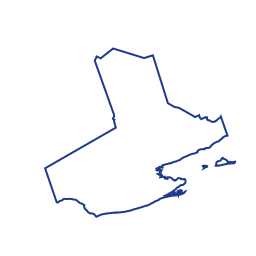 Vilankulo, Inhambane, Mozambique (Natural Earth projection), rotated 71°
{"feature_id": "85939544B70195584825603", "entity_name": "Vilankulo", "entity_type": "district", "adm_level": 2, "iso_a3": "MOZ", "parent_name": "Mozambique", "parent_adm1": "Inhambane", "projection": "natural_earth1", "projection_center": [35.386, -22.299], "detail": "fine", "context": "isolated", "style": "outline", "palette": "blue", "viewbox_px": 256, "rotation_deg": 71, "n_neighbors": 0, "source": "geoboundaries", "source_scale": "gbopen_adm2", "svg_char_len": 5736}
<svg xmlns="http://www.w3.org/2000/svg" viewBox="0 0 256 256"><g transform="rotate(71 128 128)"><path d="M67.1,90.0L48.0,116.2L53.2,131.2L50.2,134.3L53.5,137.5L111.2,136.9L112.3,137.2L113.1,138.0L114.1,139.2L114.3,139.3L115.8,138.1L116.7,139.0L123.7,139.4L139.1,219.5L174.9,219.6L175.7,218.6L175.3,217.9L174.8,216.2L174.9,213.8L174.7,213.2L174.3,212.7L174.2,212.4L174.3,211.3L174.6,210.4L175.2,209.1L175.7,207.2L176.1,205.9L178.8,201.0L179.3,200.4L183.4,197.8L183.8,197.4L184.4,196.4L184.7,196.0L185.9,195.2L186.5,194.5L186.8,194.4L187.7,195.0L188.8,195.1L190.3,195.1L190.6,195.0L192.0,194.0L193.9,193.5L195.9,192.1L196.5,191.4L197.4,189.3L198.3,188.3L199.0,187.8L201.6,186.9L201.4,184.1L201.2,183.6L201.2,183.1L201.2,180.7L201.5,178.4L202.1,174.8L202.5,173.6L203.1,170.6L204.3,166.4L204.1,166.5L204.9,164.2L206.1,158.5L206.8,152.9L206.9,150.7L206.8,149.3L206.9,148.1L207.3,141.1L207.3,137.3L207.5,134.9L207.4,132.4L207.1,131.7L206.6,127.9L206.1,125.9L206.1,122.6L205.6,121.9L205.4,120.9L205.3,119.5L205.5,117.5L205.3,117.1L206.3,108.7L207.4,104.2L207.9,101.2L208.0,98.4L207.6,96.3L207.4,95.7L206.7,94.7L206.7,94.8L207.1,95.6L207.4,96.5L207.4,98.0L207.8,98.9L207.7,99.5L207.4,100.2L207.5,100.7L207.2,101.1L207.2,101.8L207.1,102.0L206.9,102.0L206.9,102.3L207.4,102.5L206.6,102.6L206.4,104.0L206.9,104.3L206.9,104.6L206.8,104.9L206.5,105.0L206.6,105.7L206.5,106.4L206.1,107.5L206.0,107.8L205.5,108.1L205.3,108.9L204.9,109.3L205.2,110.0L204.8,111.0L205.0,111.3L205.0,112.0L204.6,112.2L204.8,113.1L204.8,113.5L204.1,114.6L204.0,113.0L203.7,112.1L203.7,111.4L203.4,110.8L202.8,107.1L201.7,103.9L200.9,101.9L200.4,101.0L200.2,99.3L199.7,97.9L199.3,97.1L199.3,96.2L199.6,95.1L199.7,94.4L198.9,92.3L198.3,91.5L197.3,91.0L196.1,90.8L195.0,90.8L194.8,90.9L194.7,91.1L194.5,92.8L193.9,93.4L193.7,94.3L193.5,94.5L193.1,94.5L192.1,95.8L191.8,96.8L191.8,97.2L192.5,98.6L192.7,99.2L192.9,99.5L192.7,99.9L192.7,100.0L193.0,100.2L193.0,100.7L192.8,100.9L192.5,101.0L192.6,101.3L191.2,102.3L190.1,102.8L189.5,103.3L188.6,104.1L187.9,105.1L187.9,105.6L187.5,106.4L187.8,106.8L188.1,106.9L188.4,107.4L188.6,107.5L188.9,107.4L188.9,107.6L188.6,107.9L188.1,107.7L187.6,107.4L187.4,108.4L187.6,108.8L188.3,109.8L187.5,109.4L187.1,109.6L186.9,109.5L186.9,109.8L186.3,109.9L186.0,109.6L185.9,110.1L185.6,110.2L185.4,110.7L185.2,111.0L185.3,111.2L185.1,111.8L185.2,112.7L185.1,113.4L184.9,113.2L184.8,112.2L184.4,111.4L184.0,111.4L183.7,111.9L183.4,111.5L183.2,111.4L183.0,111.5L183.2,112.2L182.9,112.0L182.6,112.4L182.4,113.2L182.1,112.9L181.9,113.9L181.5,114.5L181.2,114.7L181.3,112.9L181.1,112.7L181.3,112.6L181.2,112.2L180.7,112.2L180.5,111.9L180.3,111.7L180.2,111.4L179.8,111.6L179.5,111.3L179.3,111.3L179.0,111.5L178.8,112.1L177.9,112.2L177.8,111.9L178.0,111.1L178.8,110.7L179.0,110.2L178.9,110.0L178.4,110.6L177.7,111.0L177.3,111.7L177.2,111.9L177.4,112.2L177.2,112.6L177.3,112.8L177.5,112.9L177.8,112.8L178.0,113.0L177.8,113.4L177.8,114.2L177.7,114.3L177.4,114.5L177.3,114.1L176.9,114.3L176.7,114.6L176.4,114.4L176.6,114.1L176.2,114.1L175.9,114.0L175.6,114.3L175.5,114.2L175.9,113.3L176.3,113.1L176.0,112.9L176.0,112.5L175.7,112.3L175.9,112.0L175.9,111.6L175.7,111.4L175.1,111.3L175.2,110.5L175.4,110.8L175.7,110.4L175.9,109.5L175.7,109.0L175.7,108.8L175.9,108.7L175.6,108.6L175.6,108.3L175.7,108.2L175.4,108.2L175.1,107.5L174.5,107.5L174.4,107.4L174.6,106.3L174.6,104.3L174.8,103.2L174.9,101.7L174.9,100.2L175.0,100.1L174.9,99.9L175.1,99.5L175.0,99.4L175.1,99.0L175.1,98.8L175.3,98.3L175.1,98.1L174.9,97.0L175.2,96.0L175.1,94.1L175.3,93.1L175.1,92.0L175.1,89.4L174.9,88.6L174.3,87.1L174.2,86.0L173.9,84.9L173.8,82.6L173.7,82.1L173.6,81.7L173.7,80.8L173.6,80.1L173.6,79.9L173.4,78.8L173.3,77.9L173.4,75.5L173.7,73.6L173.7,72.1L173.5,70.1L173.4,70.0L173.2,70.3L173.0,70.2L172.6,69.9L171.9,68.7L171.8,67.6L171.8,66.3L171.9,65.6L173.0,62.6L172.9,62.2L172.5,62.2L172.3,61.4L172.4,60.3L173.0,58.6L172.9,58.1L173.1,57.4L172.9,56.6L171.3,54.3L171.0,53.1L170.5,52.1L170.0,48.3L170.1,46.5L169.9,46.1L169.7,45.4L169.3,45.0L168.7,42.9L168.3,42.5L168.2,41.8L168.0,41.7L167.7,41.0L167.6,40.3L167.5,39.8L167.4,39.7L167.3,38.8L167.6,36.4L147.4,36.5L148.1,37.2L148.3,37.5L148.6,39.4L149.3,41.1L149.8,41.7L149.8,42.0L149.7,42.5L150.2,43.5L150.2,44.7L149.9,45.0L149.9,45.6L149.7,46.2L148.5,47.7L148.2,48.0L147.6,48.2L147.2,48.7L146.9,49.0L146.8,49.7L146.5,50.0L145.8,50.3L145.0,50.4L144.6,50.3L144.0,49.8L143.7,49.7L143.5,49.8L143.5,50.2L143.6,50.9L143.4,51.2L143.0,51.5L142.9,51.9L143.4,54.2L143.3,54.9L143.5,55.8L142.6,56.2L142.4,56.5L140.6,56.7L139.0,56.6L139.2,57.3L139.5,60.9L125.4,73.4L123.3,77.2L117.6,82.2L67.4,80.8L67.1,90.0ZM195.8,39.0L195.2,37.9L194.8,37.6L194.7,37.6L194.6,38.2L194.8,38.4L194.8,38.7L194.4,39.7L194.4,41.2L194.2,41.4L193.9,41.5L193.5,42.0L193.3,42.2L193.3,42.6L193.2,43.7L193.5,44.8L192.1,44.6L191.5,44.7L191.3,44.8L191.1,45.2L190.2,45.5L189.6,45.9L188.1,47.8L187.9,48.0L187.1,48.1L187.1,48.3L187.1,49.0L188.4,50.2L188.8,51.2L189.0,52.7L188.7,53.7L188.7,54.1L189.3,55.4L189.6,55.8L190.2,56.0L190.9,56.3L191.5,56.4L191.9,56.7L192.1,57.4L192.3,57.4L192.5,57.0L192.6,56.2L193.0,55.0L193.6,51.2L193.7,49.1L194.3,45.1L194.9,42.9L195.2,41.1L195.8,39.8L195.8,39.0ZM205.4,98.3L205.0,97.7L204.8,97.5L204.5,97.7L204.4,98.0L204.0,98.2L203.8,98.7L203.7,100.1L204.0,101.9L204.7,102.1L205.3,102.6L205.5,102.7L205.3,101.7L205.5,100.7L205.7,100.2L205.5,99.2L205.9,98.7L206.0,98.3L205.9,98.2L205.6,98.3L205.4,98.3ZM189.9,66.0L189.7,65.8L189.1,67.0L188.5,67.8L188.4,69.2L188.2,69.6L188.3,69.7L188.7,69.7L189.2,69.0L189.8,68.5L190.8,69.5L190.4,67.2L190.4,66.0L189.9,66.0ZM204.1,107.0L204.4,106.7L204.6,106.5L204.7,105.5L204.5,104.8L204.2,104.6L203.8,104.9L203.6,105.6L203.6,106.6L203.8,107.0L204.1,107.0Z" fill="none" stroke="#1e3a8a" stroke-width="2"/></g></svg>